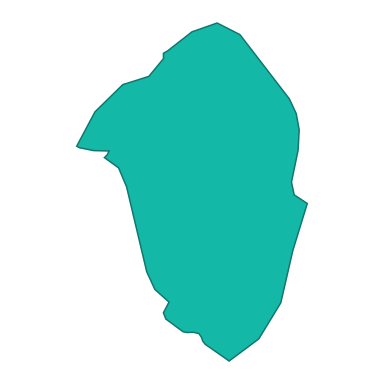 the border of Şərur
{"feature_id": "AZE-2419", "entity_name": "Şərur", "entity_type": "District", "adm_level": 1, "iso_a3": "AZE", "parent_name": "Azerbaijan", "parent_adm1": "", "projection": "equal_earth", "projection_center": [44.997, 39.579], "detail": "fine", "context": "isolated", "style": "filled", "palette": "teal", "viewbox_px": 384, "rotation_deg": 0, "n_neighbors": 0, "source": "natural_earth", "source_scale": "10m", "svg_char_len": 621}
<svg xmlns="http://www.w3.org/2000/svg" viewBox="0 0 384 384"><path d="M217.1,23.0L239.9,34.6L244.9,41.1L289.3,98.8L296.2,113.5L299.2,129.8L298.1,150.3L291.5,182.1L294.2,194.9L307.3,203.5L292.8,250.7L280.8,302.8L258.8,338.9L229.1,361.0L205.2,344.3L202.8,341.2L201.4,337.2L199.0,333.7L193.7,332.3L186.5,332.5L183.0,331.7L165.9,319.1L163.4,312.8L169.0,302.1L154.9,289.5L146.7,271.7L126.6,186.9L118.6,167.9L104.4,157.6L107.1,155.0L109.1,151.0L93.6,150.6L79.3,147.7L76.7,146.2L95.0,111.8L122.8,84.6L148.8,76.4L163.5,58.6L163.4,53.3L167.3,51.1L192.0,31.8L217.1,23.0Z" fill="#14b8a6" stroke="#0f766e" stroke-width="1.5"/></svg>